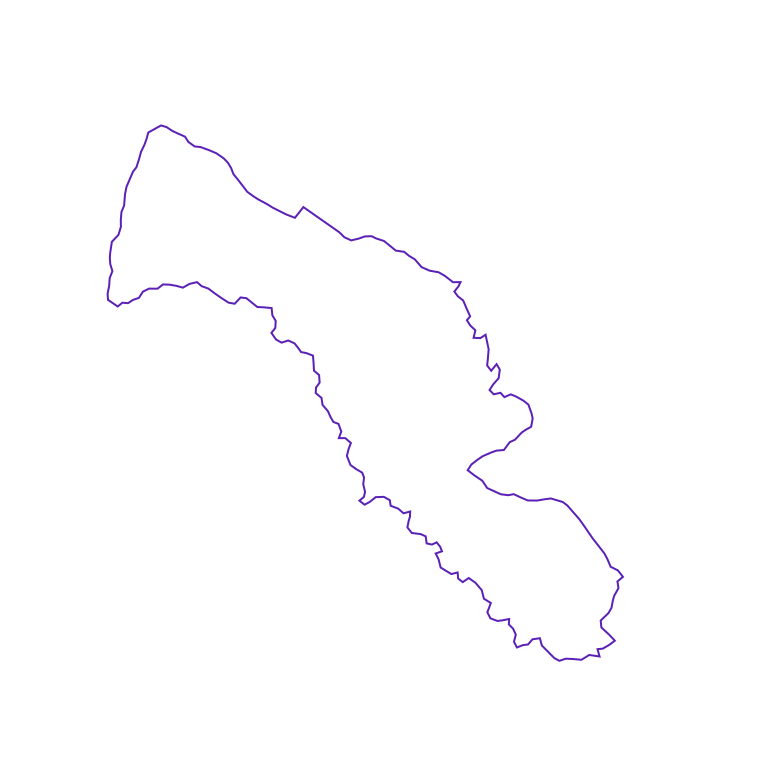 Professor Jamil, Goiás, Brazil (orthographic projection), rotated 313°
{"feature_id": "56859067B81841730871776", "entity_name": "Professor Jamil", "entity_type": "district", "adm_level": 2, "iso_a3": "BRA", "parent_name": "Brazil", "parent_adm1": "Goiás", "projection": "orthographic", "projection_center": [-49.253, -17.277], "detail": "fine", "context": "isolated", "style": "outline", "palette": "violet", "viewbox_px": 768, "rotation_deg": 313, "n_neighbors": 0, "source": "geoboundaries", "source_scale": "gbopen_adm2", "svg_char_len": 3271}
<svg xmlns="http://www.w3.org/2000/svg" viewBox="0 0 768 768"><g transform="rotate(313 384 384)"><path d="M288.4,550.6L290.9,562.8L296.4,566.4L292.3,570.9L292.8,576.7L299.9,578.3L301.0,586.4L299.9,596.1L295.1,603.5L296.7,611.5L287.5,615.3L285.2,621.7L288.1,628.6L291.8,631.7L297.5,635.8L293.3,639.3L293.1,645.2L290.6,651.3L284.1,654.9L282.0,660.9L287.8,663.7L291.8,667.0L298.5,666.7L304.4,671.4L300.4,677.8L299.7,695.6L301.2,701.1L307.1,704.3L311.7,709.7L317.0,716.5L325.8,718.9L331.7,727.5L335.7,721.0L339.7,724.5L347.0,726.7L353.7,727.9L354.2,720.3L354.2,709.0L358.8,703.8L369.4,704.4L375.5,703.0L381.6,699.1L386.1,696.8L394.6,694.7L398.8,689.4L405.9,690.3L407.2,682.2L404.9,674.4L408.3,666.8L410.4,660.7L413.5,641.4L416.9,626.1L418.3,619.2L420.2,600.9L419.6,595.2L414.1,584.1L408.5,579.5L403.3,575.6L396.9,568.6L394.5,562.0L391.9,554.0L387.4,550.7L383.0,544.6L378.3,530.5L380.3,521.8L378.8,512.3L378.0,504.0L384.6,502.8L392.2,504.0L398.5,505.4L407.0,509.1L412.0,511.7L417.5,516.7L427.2,515.6L432.6,517.8L442.3,517.8L447.3,518.9L453.1,520.8L460.2,516.2L463.1,512.0L467.4,503.7L466.9,497.3L464.9,489.1L462.9,483.8L456.5,481.0L457.0,475.2L451.3,471.3L451.6,465.3L458.4,464.1L466.4,463.9L473.5,458.9L475.3,452.8L466.8,453.4L467.9,446.8L473.5,442.6L480.8,436.8L489.3,424.7L483.3,423.2L478.9,418.0L485.6,414.2L485.6,407.3L487.2,401.1L492.2,400.9L495.9,392.1L499.1,384.9L498.5,378.2L499.6,372.4L505.9,371.9L510.7,370.5L505.5,365.0L504.6,354.9L503.0,347.8L498.0,340.1L495.1,331.8L496.2,321.6L494.8,315.0L494.4,308.6L489.6,301.6L488.6,286.5L485.1,279.0L483.6,274.1L478.8,269.3L473.0,266.3L466.7,262.1L464.3,254.9L464.5,248.0L458.4,204.4L444.8,205.5L441.3,196.8L439.4,190.3L437.1,182.5L436.0,176.7L433.3,166.3L432.3,161.0L431.3,153.0L433.7,138.6L434.8,130.8L437.7,124.8L439.4,118.8L439.7,112.9L438.4,104.0L435.8,96.8L432.1,88.1L428.6,83.5L427.6,75.8L429.2,69.8L426.6,62.3L424.7,56.5L423.6,49.8L421.0,44.6L407.2,40.1L401.1,43.3L395.4,45.7L388.0,48.0L381.6,51.4L373.7,55.1L368.2,55.6L362.6,57.6L352.6,61.2L346.0,65.3L337.3,72.2L330.7,74.7L324.4,79.7L319.5,84.4L311.9,88.1L302.4,88.0L293.2,94.3L289.0,97.7L284.9,102.2L281.3,108.4L274.3,111.2L268.4,116.0L261.5,120.3L257.3,124.8L259.1,136.4L265.0,137.2L268.6,141.7L274.1,143.0L279.9,146.0L287.1,144.7L293.5,147.1L299.3,153.4L306.0,154.4L310.4,159.4L314.3,165.4L317.3,171.2L324.6,173.5L331.0,177.8L331.2,183.9L334.0,190.5L334.9,198.9L336.0,206.5L337.5,214.9L340.9,220.1L349.5,220.1L352.9,224.8L353.4,231.7L353.9,238.8L358.4,244.2L362.9,250.0L358.1,255.5L356.3,261.8L350.8,266.3L344.6,266.8L342.9,274.6L344.4,280.9L350.5,284.3L352.7,290.8L351.9,296.3L350.8,301.6L353.6,306.0L356.3,312.7L351.3,318.2L346.0,323.7L346.3,330.4L341.1,336.0L335.0,336.7L330.8,340.3L331.2,347.8L326.8,353.3L325.9,361.4L323.4,367.4L321.7,372.9L323.8,377.9L320.1,385.2L313.6,387.9L318.0,392.6L318.3,400.0L312.2,402.5L306.1,405.9L301.9,414.7L302.7,421.4L304.3,428.5L302.0,433.2L296.6,437.1L292.2,443.7L287.7,446.3L281.9,445.6L282.5,452.1L288.0,454.0L295.6,455.1L301.4,460.9L303.0,467.5L299.5,471.9L302.5,479.3L302.8,486.5L308.6,490.1L304.6,493.5L300.2,495.7L295.1,498.9L294.0,505.9L299.3,513.3L301.0,518.4L296.5,523.9L299.3,528.6L304.1,530.5L303.3,536.0L301.2,540.5L295.3,537.4L293.0,543.5L288.4,550.6Z" fill="none" stroke="#5b21b6" stroke-width="2"/></g></svg>